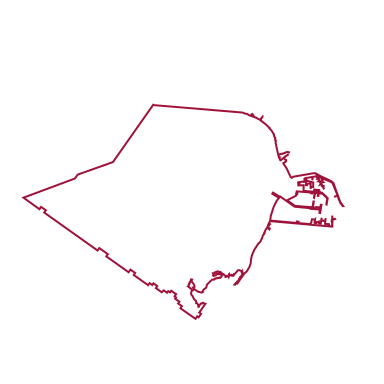 75, Al Khawr, Qatar (Natural Earth projection), rotated 35°
{"feature_id": "91078587B7321304158437", "entity_name": "75", "entity_type": "district", "adm_level": 2, "iso_a3": "QAT", "parent_name": "Qatar", "parent_adm1": "Al Khawr", "projection": "natural_earth1", "projection_center": [51.575, 25.836], "detail": "fine", "context": "isolated", "style": "outline", "palette": "rose", "viewbox_px": 384, "rotation_deg": 35, "n_neighbors": 0, "source": "geoboundaries", "source_scale": "gbopen_adm2", "svg_char_len": 6119}
<svg xmlns="http://www.w3.org/2000/svg" viewBox="0 0 384 384"><g transform="rotate(35 192 192)"><path d="M57.2,293.3L76.9,293.6L76.9,290.8L82.8,290.8L82.7,293.6L148.2,294.1L148.2,291.1L158.7,291.2L158.7,293.9L186.1,294.1L186.1,290.9L191.9,290.9L191.9,293.4L209.5,293.5L209.5,291.0L212.8,291.0L212.8,288.9L217.5,289.0L217.5,291.4L224.7,291.5L225.2,288.8L229.4,288.8L229.4,286.8L231.6,286.8L231.6,284.8L237.6,284.8L237.6,287.5L239.4,287.5L239.4,289.1L244.6,289.1L244.6,291.3L249.2,291.3L249.2,293.9L267.6,293.9L267.6,290.8L269.3,290.8L269.3,286.6L267.1,286.6L267.1,275.9L265.9,276.3L265.3,276.0L265.2,275.5L265.2,275.9L264.3,276.6L264.4,277.4L263.3,278.1L263.1,280.5L263.4,282.1L263.1,282.2L263.6,283.1L261.5,280.7L259.6,280.3L259.1,280.6L257.9,279.0L255.2,278.7L252.4,277.0L250.1,276.4L249.1,275.1L248.2,272.3L248.3,272.1L249.0,272.8L248.7,272.3L249.1,272.1L248.9,271.6L248.1,272.0L242.9,271.6L243.3,270.9L242.4,269.9L242.2,268.8L242.6,269.0L242.5,268.3L241.8,266.3L241.9,265.9L241.6,264.6L241.0,263.5L242.1,264.3L242.3,262.8L242.4,264.3L243.1,265.6L245.8,266.3L247.9,267.5L248.5,268.3L248.4,269.2L247.8,269.6L250.0,270.3L254.2,270.2L257.7,268.8L258.2,267.7L257.8,267.7L257.5,265.8L257.7,264.3L258.4,262.8L258.3,261.3L257.8,260.6L257.4,259.1L258.4,253.5L259.0,252.0L260.3,251.1L260.4,249.8L260.8,249.8L261.6,248.5L262.0,248.4L262.4,247.3L263.2,247.2L263.8,246.2L264.4,246.2L264.7,244.3L264.4,243.5L262.0,242.7L261.3,242.8L261.4,243.7L260.3,244.0L260.8,243.4L260.7,242.8L260.3,243.2L260.3,244.3L259.5,244.5L259.3,246.8L258.5,247.1L258.5,247.5L257.5,247.9L257.5,248.3L257.2,248.3L256.9,247.3L255.8,246.6L256.7,246.0L256.7,244.9L257.4,244.7L257.6,243.4L258.5,242.3L261.3,241.2L264.6,241.6L265.0,241.2L266.5,241.7L267.9,241.2L268.3,242.2L269.9,240.5L269.7,239.6L270.7,240.3L270.1,238.4L270.9,239.0L271.7,237.3L272.4,237.5L272.5,236.9L273.0,236.7L272.8,237.5L273.3,237.3L273.4,236.0L273.8,236.2L273.6,235.2L274.0,235.2L274.6,229.6L275.6,228.9L278.0,228.3L278.6,228.6L278.6,229.9L278.7,229.4L279.3,229.7L279.1,228.6L279.7,229.3L280.7,229.2L280.8,231.2L280.4,231.8L280.7,234.4L280.3,234.4L280.3,235.6L280.7,235.6L280.7,237.3L281.1,237.3L281.0,238.6L280.4,239.3L279.9,243.5L280.4,243.3L280.9,241.0L281.6,241.0L281.6,228.6L282.4,226.0L282.0,220.3L280.9,216.4L279.4,214.3L277.3,209.2L276.2,203.8L275.9,196.0L276.3,195.1L276.4,192.8L275.8,190.0L276.0,189.8L274.9,186.8L275.1,185.8L274.6,184.2L275.0,184.2L274.1,181.6L273.9,179.5L274.3,177.9L275.9,177.5L276.1,178.3L276.4,178.3L276.2,177.5L276.5,177.4L276.7,178.3L276.8,178.3L276.6,177.2L273.9,177.8L273.4,175.1L274.4,175.0L274.3,174.6L273.2,174.9L273.1,174.4L273.8,174.3L273.1,174.3L272.9,173.8L272.9,173.2L273.3,173.1L272.9,172.9L273.6,172.9L272.8,172.7L272.6,171.1L326.8,139.9L323.0,134.2L324.7,132.1L324.4,132.0L322.8,133.7L320.4,130.9L322.3,133.6L322.4,134.7L323.8,136.5L324.3,136.5L326.4,139.8L323.8,141.4L322.7,139.8L319.2,141.8L316.5,136.7L317.8,139.3L316.3,140.2L316.2,140.0L314.4,141.2L313.0,138.7L315.5,143.9L314.1,144.7L312.8,142.1L313.5,144.0L311.2,145.1L311.7,146.1L310.1,147.0L308.4,143.8L308.3,144.2L305.9,145.6L307.2,148.6L307.0,148.9L307.5,150.4L296.9,156.5L296.3,155.2L294.8,156.0L295.5,157.3L272.7,170.4L272.2,170.1L270.3,166.5L267.4,157.3L266.4,150.5L266.7,146.9L258.8,147.4L258.7,146.6L259.5,146.6L259.7,146.3L260.1,146.6L266.6,146.0L266.0,145.8L259.7,146.2L258.8,146.5L258.8,146.0L266.0,145.6L266.5,145.1L284.5,145.2L298.4,137.3L298.7,137.8L306.9,133.0L308.3,136.0L309.0,135.7L305.4,128.2L304.8,128.6L306.2,131.6L305.2,132.2L305.0,131.6L302.4,133.1L302.6,133.7L299.9,135.3L297.2,129.9L296.9,130.1L299.4,135.4L284.4,144.3L274.7,144.2L279.3,135.4L278.6,134.1L279.5,133.5L278.9,132.5L278.0,133.0L278.4,132.6L277.9,132.8L277.4,131.4L290.2,124.0L290.5,124.7L291.2,124.3L290.9,123.6L293.0,122.4L295.1,126.7L295.4,126.7L293.5,122.2L296.2,120.6L297.2,123.0L297.8,122.7L296.6,120.3L299.7,118.6L306.5,119.6L309.0,125.0L309.4,125.0L306.7,119.2L299.0,118.0L296.7,119.3L297.0,117.5L296.6,119.2L296.0,119.7L295.5,119.1L294.9,117.5L294.3,117.8L295.3,119.9L294.0,120.7L293.1,119.0L293.2,118.6L292.6,118.9L292.9,119.1L293.7,120.8L292.2,121.6L291.3,119.6L290.7,119.9L291.7,121.9L282.7,127.1L279.6,122.4L275.3,125.6L273.4,123.2L274.4,122.2L274.9,122.5L274.7,121.9L277.4,119.4L277.6,119.7L278.1,119.4L279.5,117.9L281.5,121.0L282.4,120.3L281.7,119.2L282.9,118.2L283.2,118.4L283.0,118.1L284.0,117.2L284.5,117.2L286.7,120.6L287.0,120.5L286.6,119.5L286.8,119.2L288.4,118.4L285.9,114.7L279.1,117.0L278.5,116.3L277.3,117.6L276.6,116.8L277.4,116.1L276.9,115.7L281.8,110.8L283.4,112.6L284.0,112.0L283.4,112.2L282.0,110.5L284.7,108.1L285.4,108.0L287.0,108.8L287.1,109.2L287.4,108.8L290.0,110.0L289.8,110.5L290.3,110.2L292.4,111.2L292.8,111.5L292.8,112.0L293.1,111.5L295.2,112.8L296.1,112.6L297.4,113.2L297.9,113.5L297.7,114.4L298.1,113.7L298.6,113.8L296.3,112.5L296.6,111.8L296.4,111.6L295.8,112.3L285.5,107.1L290.7,106.1L291.2,106.7L290.9,107.0L291.3,107.4L291.6,107.2L293.2,109.3L293.8,108.7L293.2,108.7L291.3,106.3L291.4,105.9L300.6,104.0L302.0,104.1L313.0,111.2L311.3,114.5L313.3,111.4L316.6,114.0L316.9,113.9L319.7,115.9L323.7,117.1L324.0,116.8L319.4,115.3L302.6,103.5L299.5,103.3L287.4,105.4L283.1,105.7L281.8,106.2L280.6,107.1L266.7,120.9L266.0,121.7L265.7,123.1L264.1,123.1L256.0,118.4L250.2,116.1L251.5,113.0L251.3,112.4L250.6,111.8L249.5,112.1L247.6,111.4L249.5,105.5L247.9,109.6L246.6,115.0L245.8,114.7L245.6,115.1L243.4,113.8L243.6,113.4L243.3,113.5L241.3,112.1L244.8,108.1L246.6,105.2L246.9,104.9L247.2,105.5L247.0,104.8L249.6,103.3L246.6,105.0L244.7,108.0L241.2,112.0L232.1,103.6L231.5,102.1L230.5,101.9L230.5,101.4L229.1,100.3L229.1,99.9L227.7,99.4L226.1,98.2L226.1,97.8L221.4,95.9L218.7,95.4L218.7,95.0L212.7,94.2L212.6,93.3L212.6,94.0L212.2,94.2L206.8,94.1L206.5,93.7L206.8,93.4L206.5,93.3L206.6,93.0L206.7,90.0L206.6,89.9L206.3,93.8L201.9,94.5L201.6,93.5L201.7,94.4L197.9,95.5L197.7,94.1L198.1,94.7L197.8,93.9L196.6,93.5L196.4,93.9L196.8,93.6L197.4,93.8L196.2,94.4L196.4,95.9L194.5,96.4L194.3,96.0L194.4,96.3L192.3,96.5L189.6,97.6L187.9,97.9L110.8,142.8L110.2,142.8L110.1,212.8L88.4,243.3L88.3,248.2L57.2,293.3Z" fill="none" stroke="#9f1239" stroke-width="2"/></g></svg>